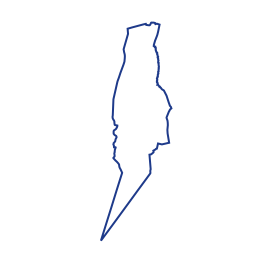 Fljótsdalshreppur, Austurland, Iceland, rotated 334°
{"feature_id": "244011B28727550371532", "entity_name": "Fljótsdalshreppur", "entity_type": "district", "adm_level": 2, "iso_a3": "ISL", "parent_name": "Iceland", "parent_adm1": "Austurland", "projection": "albers", "projection_center": [-15.091, 64.811], "detail": "fine", "context": "isolated", "style": "outline", "palette": "blue", "viewbox_px": 256, "rotation_deg": 334, "n_neighbors": 0, "source": "geoboundaries", "source_scale": "gbopen_adm2", "svg_char_len": 4578}
<svg xmlns="http://www.w3.org/2000/svg" viewBox="0 0 256 256"><g transform="rotate(334 128 128)"><path d="M175.6,129.4L175.8,127.8L175.4,126.3L175.5,125.7L175.7,124.0L175.8,122.9L176.8,115.9L176.7,110.5L176.7,110.1L176.5,109.7L176.2,109.2L175.6,108.3L175.4,107.8L175.3,107.5L175.3,107.1L175.2,106.7L175.2,106.4L174.8,105.8L174.7,105.6L174.8,105.4L174.7,105.3L174.8,105.2L174.8,104.9L174.7,104.8L174.7,104.7L174.4,104.5L174.5,104.3L174.5,104.2L174.3,103.9L174.1,103.6L174.1,103.3L174.0,103.2L173.9,103.0L174.0,102.8L173.9,102.6L174.0,102.2L173.9,101.8L173.9,101.7L174.0,101.5L173.9,101.5L174.0,101.4L174.0,101.2L174.1,100.9L174.1,100.7L174.1,100.4L174.1,100.2L174.0,99.9L174.3,99.7L174.3,99.4L174.4,99.2L174.4,98.8L174.6,98.7L174.9,98.5L174.9,98.4L174.9,98.1L175.0,97.9L175.0,97.7L175.5,97.4L175.6,97.2L175.7,96.4L175.7,96.1L175.8,96.0L175.9,95.9L176.0,95.8L176.3,95.8L176.5,95.7L176.8,95.4L176.8,95.2L177.0,95.1L177.0,94.9L177.3,94.7L177.6,94.5L177.6,94.4L177.5,94.2L177.9,93.8L178.0,93.6L178.1,93.4L178.2,93.1L178.3,92.9L178.5,92.8L178.6,92.7L178.8,92.7L179.0,92.4L179.1,92.0L179.2,91.8L179.3,91.8L179.3,91.7L179.5,91.4L179.6,91.2L179.7,90.7L179.9,90.6L180.2,90.5L180.3,90.5L180.4,90.4L180.4,90.1L180.5,89.9L180.7,89.7L180.9,89.3L181.0,89.1L181.2,88.7L181.4,88.6L181.5,88.5L181.6,88.4L181.6,88.1L181.7,87.9L181.8,87.8L181.8,87.6L182.0,87.4L182.2,87.2L182.2,86.9L182.6,86.5L182.7,86.3L182.7,86.2L182.8,86.1L182.9,85.9L182.9,85.6L182.9,85.4L183.0,85.2L183.3,84.5L183.4,84.2L183.5,83.9L183.7,83.6L183.7,83.4L183.8,83.3L183.9,83.2L183.7,83.0L183.7,82.9L183.8,82.7L184.0,82.6L184.1,82.4L184.1,82.1L184.0,81.9L184.3,81.5L184.4,81.4L184.6,80.9L184.8,80.7L185.0,80.6L185.0,80.2L185.2,79.6L185.2,79.4L185.4,79.3L185.5,79.0L185.5,78.9L185.5,78.7L185.7,78.4L185.7,78.2L185.6,77.9L185.5,77.7L185.7,77.4L185.8,77.2L186.0,77.2L186.3,77.1L186.3,76.9L186.3,76.7L186.3,76.2L186.3,75.9L186.5,75.5L186.6,75.3L186.6,75.2L186.5,74.9L186.7,74.4L186.8,74.2L186.7,74.1L186.9,73.8L186.9,73.7L186.9,73.4L187.0,73.3L186.9,73.2L186.8,72.9L187.1,72.7L187.0,72.4L187.0,72.2L186.9,71.9L186.9,71.7L186.9,71.4L186.9,71.1L187.0,70.9L187.0,70.7L187.0,70.4L187.2,70.2L187.2,69.9L187.3,69.8L187.3,69.5L187.5,69.2L187.7,68.9L187.9,68.6L187.9,68.4L188.0,68.2L187.8,68.1L187.8,67.9L187.7,67.7L187.8,67.6L187.8,67.4L188.0,67.1L188.1,66.9L187.9,66.8L188.0,66.7L187.6,66.2L187.5,65.9L187.1,65.6L187.6,64.7L190.7,61.3L191.5,60.6L194.1,58.2L195.4,56.9L197.4,54.5L201.7,48.9L199.9,47.1L199.5,47.0L199.3,46.8L199.0,46.6L198.8,46.6L198.7,46.7L198.4,46.7L198.3,46.3L198.2,46.3L198.2,46.2L198.3,46.0L198.4,45.7L198.3,45.4L197.3,44.6L196.8,44.3L196.2,44.1L196.0,43.9L195.2,43.5L194.8,43.6L194.3,44.0L193.6,44.6L193.3,44.8L192.9,45.0L192.6,45.1L192.4,45.1L191.8,44.8L190.8,44.2L190.5,43.9L190.1,43.6L189.6,43.4L189.5,43.2L189.5,42.9L189.7,42.4L189.7,42.2L187.1,41.6L175.8,39.4L171.2,38.6L169.3,43.4L160.3,53.4L158.6,55.3L157.8,58.0L157.3,60.4L156.7,62.0L156.1,63.1L155.6,64.0L153.9,66.8L151.7,69.1L145.5,75.0L142.3,78.3L141.6,79.0L139.1,81.4L138.1,82.6L127.5,95.8L119.9,109.9L119.2,110.9L118.9,111.4L118.7,112.1L118.5,112.7L118.5,113.6L118.5,114.2L118.7,114.9L118.7,115.3L118.6,116.0L118.5,116.5L118.3,116.8L118.1,117.3L117.6,118.7L117.5,119.2L117.5,119.4L117.6,119.6L117.8,119.8L119.5,121.1L119.2,121.7L118.5,122.4L117.0,123.5L116.6,123.6L115.9,123.8L114.6,124.0L114.2,124.1L113.9,124.4L113.4,125.1L112.7,126.6L112.6,126.9L112.7,127.4L112.8,128.0L113.0,128.5L113.4,129.2L113.8,129.8L113.9,130.5L113.8,130.9L113.6,131.4L112.1,132.5L111.3,133.4L110.9,134.1L110.5,134.4L109.3,135.0L108.5,135.3L108.3,135.6L107.7,136.3L107.6,136.6L107.7,137.1L107.7,137.3L107.0,139.2L108.3,139.8L108.4,140.0L108.2,140.3L106.5,142.0L106.2,142.6L106.1,142.8L106.0,143.0L105.7,143.3L105.3,144.1L104.7,144.6L104.6,144.9L104.4,145.2L104.1,146.3L103.9,146.7L103.7,147.3L103.5,147.6L103.0,147.9L101.8,148.4L101.7,148.5L101.7,148.9L102.5,151.7L103.2,153.5L103.8,155.7L103.9,156.3L103.9,156.7L103.9,157.1L103.7,157.6L103.3,158.9L103.2,159.3L103.1,160.0L103.2,162.1L103.1,165.7L90.3,179.2L78.1,192.2L67.2,203.7L54.3,217.4L74.6,206.8L92.4,197.4L109.4,188.4L127.9,178.7L128.3,178.4L128.5,178.0L129.1,176.6L129.5,175.9L130.3,175.0L135.6,161.4L137.4,161.8L139.8,161.2L140.3,161.0L140.5,160.8L140.6,160.6L140.7,160.2L140.8,159.5L143.4,159.3L143.8,159.1L144.0,159.0L144.9,159.2L148.2,155.1L151.3,157.6L158.5,159.3L161.2,150.3L162.6,146.9L165.0,143.0L165.9,141.0L166.2,140.2L166.7,138.8L167.1,135.8L167.2,135.6L167.3,135.4L171.6,131.5L172.2,131.0L172.8,130.7L173.2,130.3L173.7,130.0L174.2,129.7L175.6,129.4Z" fill="none" stroke="#1e3a8a" stroke-width="2"/></g></svg>